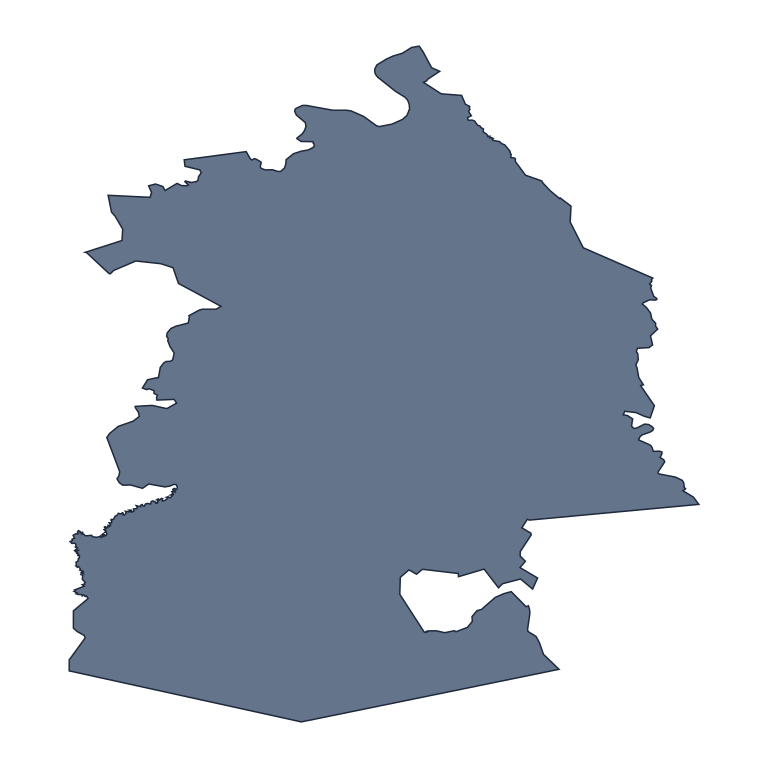 Virešu pag., Apes, Latvia
{"feature_id": "27541924B12272202930489", "entity_name": "Virešu pag.", "entity_type": "district", "adm_level": 2, "iso_a3": "LVA", "parent_name": "Latvia", "parent_adm1": "Apes", "projection": "robinson", "projection_center": [26.356, 57.405], "detail": "fine", "context": "isolated", "style": "filled", "palette": "slate", "viewbox_px": 768, "rotation_deg": 0, "n_neighbors": 0, "source": "geoboundaries", "source_scale": "gbopen_adm2", "svg_char_len": 6029}
<svg xmlns="http://www.w3.org/2000/svg" viewBox="0 0 768 768"><path d="M246.2,151.6L184.2,159.8L185.0,166.3L199.8,169.9L201.2,172.8L198.5,176.7L198.0,180.2L196.4,181.6L191.4,182.5L185.4,181.0L184.9,181.7L188.4,185.0L187.2,185.7L181.5,185.6L177.1,183.4L165.0,190.5L162.9,186.5L155.5,184.0L148.6,185.8L151.5,192.4L150.1,197.3L108.1,195.3L111.5,212.1L115.1,216.2L122.7,229.2L122.0,240.5L85.3,252.3L86.6,252.6L108.9,273.5L110.3,273.8L113.8,270.4L135.8,261.0L160.7,263.7L173.0,267.7L178.5,283.5L221.0,306.3L216.2,309.2L202.5,309.2L199.4,310.0L188.9,315.7L189.4,316.5L188.3,323.0L175.9,326.2L170.9,328.5L167.2,332.9L166.6,336.4L168.3,338.8L167.7,340.7L170.2,346.9L174.2,353.1L172.7,359.8L170.4,361.3L166.1,361.5L163.9,362.8L160.3,367.3L158.5,377.4L147.6,379.7L142.4,388.0L146.4,389.6L149.3,388.8L154.0,390.7L154.0,393.4L157.3,395.0L156.5,398.1L156.9,400.1L174.1,399.4L176.6,403.1L166.8,408.6L152.2,405.4L135.2,406.4L135.3,407.6L138.4,412.3L139.3,416.4L133.3,421.1L118.2,426.4L109.6,433.5L106.8,437.5L119.7,471.7L119.0,475.7L117.0,478.8L119.2,482.6L122.7,485.2L130.6,485.0L142.5,488.3L148.8,484.0L164.8,486.9L169.8,486.1L173.8,484.4L176.3,484.7L177.3,487.2L177.1,488.6L176.1,489.7L174.7,488.3L172.8,489.3L173.2,490.2L174.6,490.4L175.1,491.9L173.5,491.1L171.8,491.6L173.1,493.5L170.7,494.9L172.9,494.9L170.4,497.8L168.0,496.8L166.7,497.2L168.2,497.6L165.2,500.3L163.0,501.1L162.1,500.5L162.7,498.7L161.4,498.4L159.6,499.9L158.2,498.9L156.7,499.8L158.9,500.3L157.8,501.0L157.7,502.6L157.1,503.2L155.1,503.2L156.6,502.6L153.1,500.9L151.2,501.5L150.6,504.0L147.2,503.4L145.5,504.0L144.1,506.3L143.0,505.9L142.3,504.5L140.8,505.1L140.5,506.7L136.2,505.6L137.3,507.5L137.1,508.5L133.5,508.9L133.8,511.3L131.7,512.2L131.1,511.7L131.5,510.4L131.0,510.0L129.0,510.2L129.9,510.8L129.5,511.9L125.3,511.3L126.2,513.0L124.4,515.0L123.0,514.9L123.2,513.2L122.4,512.7L121.0,513.9L118.3,513.3L116.8,515.6L115.3,516.0L113.4,519.4L111.1,519.4L111.0,520.3L111.7,520.6L111.6,522.8L109.1,522.8L110.6,524.9L110.5,525.7L108.1,525.4L108.8,526.7L107.7,526.7L107.0,527.8L105.4,526.6L104.4,527.0L104.6,527.7L105.9,528.0L105.8,529.0L104.0,529.7L106.0,531.1L104.9,532.3L106.0,532.1L107.0,534.0L105.7,535.8L103.2,533.7L101.6,535.0L103.6,535.5L103.8,536.4L102.4,536.5L101.2,537.6L100.5,536.1L97.4,537.3L92.5,536.8L91.7,535.3L86.2,535.8L84.9,535.6L83.9,534.3L81.8,534.0L82.8,533.0L82.6,532.3L80.2,532.6L80.2,531.6L78.5,530.6L77.4,531.9L78.1,533.8L75.8,533.8L73.1,535.3L74.5,538.1L72.0,539.3L72.4,540.5L72.0,540.9L70.1,541.5L71.8,543.4L74.8,543.3L75.6,544.0L76.1,546.3L74.8,547.3L76.4,547.0L77.5,548.0L75.0,550.3L77.9,550.4L75.6,551.7L77.5,552.5L76.8,553.4L78.3,554.0L77.8,555.4L79.4,555.3L79.3,558.1L78.4,558.4L77.9,561.2L76.0,562.2L76.4,565.5L75.8,565.9L77.3,567.3L78.4,566.5L80.4,568.9L79.8,570.1L83.0,571.3L81.6,572.3L82.8,572.4L83.4,573.4L81.5,572.9L80.9,574.6L82.8,575.2L82.3,579.3L85.3,582.4L84.3,583.4L84.5,584.3L82.3,584.7L84.2,586.2L74.4,590.0L75.1,590.8L74.3,591.4L75.4,591.5L75.5,592.6L77.0,592.8L76.3,593.7L77.1,593.6L77.6,594.4L81.7,594.6L82.2,596.0L83.9,595.0L85.3,596.5L86.4,595.9L88.1,598.5L73.4,610.9L73.4,628.2L77.3,631.6L84.1,635.4L85.2,637.9L69.2,659.9L69.2,670.9L301.3,721.9L559.0,669.3L543.5,654.4L539.3,642.4L536.0,636.4L527.9,631.4L527.6,629.2L529.9,613.1L529.5,609.2L528.4,605.8L526.1,606.7L511.2,591.6L503.7,593.7L495.1,597.5L481.4,609.5L477.0,610.6L472.0,616.6L472.3,621.4L467.4,627.4L455.8,631.8L454.5,630.7L444.7,632.7L436.4,630.8L429.3,630.8L427.9,631.0L428.2,631.3L427.1,632.1L426.1,631.5L425.1,632.5L424.1,631.9L399.8,594.3L400.3,577.3L409.0,569.9L416.5,574.2L422.5,569.3L458.3,573.5L458.5,576.7L484.1,569.1L498.5,587.8L502.6,583.7L520.5,579.0L532.6,589.1L537.6,578.0L520.0,567.6L525.4,561.3L520.2,556.1L520.2,551.7L531.2,534.9L530.8,533.1L521.9,527.8L527.3,519.3L529.4,520.1L698.8,504.4L693.4,497.1L682.9,490.7L685.6,488.8L684.3,487.5L683.7,482.7L682.3,480.4L675.5,477.1L659.4,474.0L658.1,473.1L658.0,472.1L664.7,461.9L663.9,459.9L660.1,457.4L661.8,454.1L662.0,452.1L659.7,451.2L653.2,451.3L652.3,448.0L650.7,445.3L638.7,439.9L639.8,437.0L642.1,434.9L650.3,432.0L652.8,430.4L653.6,428.6L652.4,426.8L648.6,424.5L644.5,424.1L636.4,428.2L634.0,428.4L632.3,427.2L631.6,425.4L632.7,418.9L627.4,415.5L623.3,414.8L624.7,411.3L636.1,412.6L644.3,416.3L650.2,417.9L654.4,405.7L640.6,385.6L643.4,384.8L638.8,377.6L637.0,367.7L635.8,365.1L638.3,359.7L637.7,353.4L636.3,351.8L637.4,348.3L649.0,347.6L652.6,344.9L650.5,335.8L657.7,329.1L655.5,325.9L655.7,323.3L651.9,319.2L650.5,312.9L646.4,307.5L642.3,304.0L643.1,302.9L649.6,299.8L655.4,300.1L656.9,299.4L656.5,298.2L653.8,296.5L650.7,288.0L651.5,285.4L649.6,284.0L651.8,281.4L651.5,279.6L652.8,278.1L583.3,247.8L570.2,222.1L571.0,206.1L560.1,197.9L559.6,198.6L550.2,190.7L543.1,183.2L541.7,180.9L525.5,175.2L515.3,161.4L515.4,158.9L514.6,158.1L510.7,157.5L511.2,154.5L509.8,151.9L510.0,151.2L504.8,144.9L501.5,143.5L499.6,141.6L492.8,140.3L492.3,139.3L493.2,138.7L491.7,137.6L489.9,138.0L490.0,136.2L487.8,136.6L487.8,135.5L486.3,133.9L483.3,132.0L483.4,128.9L480.7,127.4L480.2,126.1L477.6,125.2L474.6,121.0L472.2,120.1L468.3,120.2L467.5,117.8L471.3,115.7L468.6,111.5L469.9,109.4L469.3,107.4L469.7,106.5L465.4,104.2L461.6,95.4L441.2,93.8L423.5,82.4L426.7,80.8L427.9,79.1L439.7,71.3L431.6,67.7L422.9,51.5L419.2,46.1L411.5,47.5L402.2,53.3L393.4,55.9L386.7,58.9L376.9,64.9L374.8,69.0L374.7,71.6L375.5,74.3L377.6,77.1L395.4,91.3L405.2,97.4L407.7,100.3L409.1,104.0L409.6,108.8L407.0,115.4L402.5,119.4L392.1,124.1L379.2,126.6L376.6,125.8L363.6,116.4L351.1,110.9L346.2,110.2L332.6,110.2L306.2,105.4L302.5,105.4L296.0,108.4L295.1,109.3L294.7,111.4L296.4,115.1L305.3,122.6L306.0,126.3L304.5,130.6L302.2,133.9L296.9,138.1L296.9,138.7L301.2,141.5L312.7,141.7L313.4,142.3L313.2,143.2L314.1,144.2L314.3,146.0L313.0,147.5L308.1,150.0L301.5,151.1L293.5,153.7L286.1,159.7L285.8,164.1L284.5,168.0L280.5,171.5L277.7,171.4L272.4,169.7L265.3,169.9L261.2,168.4L260.2,166.7L261.2,162.8L260.9,161.9L255.7,158.9L254.0,158.7L252.1,160.0L250.5,159.1L246.2,151.6Z" fill="#64748b" stroke="#1e293b" stroke-width="1.5"/></svg>